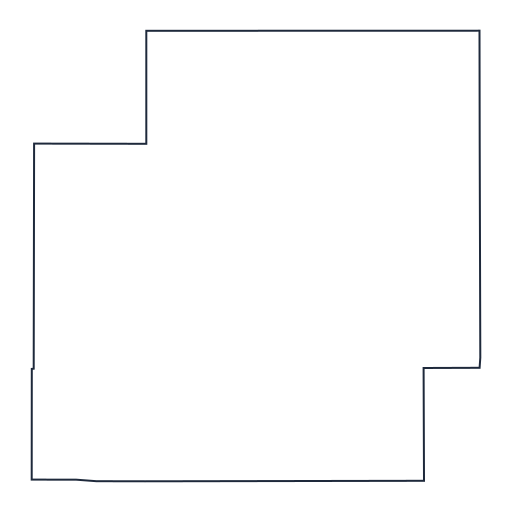 Coal, Oklahoma, United States of America (Albers equal-area conic projection)
{"feature_id": "52423323B50350811267407", "entity_name": "Coal", "entity_type": "district", "adm_level": 2, "iso_a3": "USA", "parent_name": "United States of America", "parent_adm1": "Oklahoma", "projection": "albers", "projection_center": [-96.329, 34.593], "detail": "fine", "context": "isolated", "style": "outline", "palette": "slate", "viewbox_px": 512, "rotation_deg": 0, "n_neighbors": 0, "source": "geoboundaries", "source_scale": "gbopen_adm2", "svg_char_len": 311}
<svg xmlns="http://www.w3.org/2000/svg" viewBox="0 0 512 512"><path d="M145.0,481.3L424.0,480.8L423.6,368.0L479.6,367.8L480.3,357.7L479.7,142.8L479.5,30.7L146.3,30.8L146.3,143.8L34.1,143.6L33.7,368.7L31.8,368.9L31.7,479.6L76.5,479.7L96.4,481.2L145.0,481.3Z" fill="none" stroke="#1e293b" stroke-width="2"/></svg>